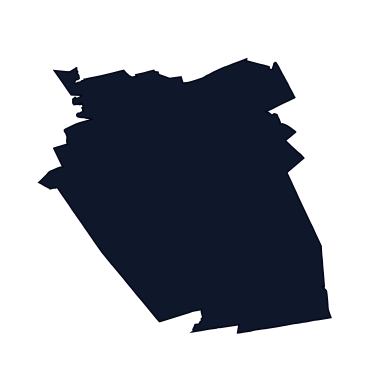 Trivalea-Mosteni, Teleorman, Romania (Robinson projection), rotated 7°
{"feature_id": "2599482B61439270983538", "entity_name": "Trivalea-Mosteni", "entity_type": "district", "adm_level": 2, "iso_a3": "ROU", "parent_name": "Romania", "parent_adm1": "Teleorman", "projection": "robinson", "projection_center": [25.216, 44.27], "detail": "fine", "context": "isolated", "style": "filled", "palette": "ink", "viewbox_px": 384, "rotation_deg": 7, "n_neighbors": 0, "source": "geoboundaries", "source_scale": "gbopen_adm2", "svg_char_len": 5626}
<svg xmlns="http://www.w3.org/2000/svg" viewBox="0 0 384 384"><g transform="rotate(7 192 192)"><path d="M345.2,299.7L345.1,299.4L343.7,296.9L341.9,293.1L341.3,291.5L340.9,289.7L339.8,283.8L338.4,277.4L337.4,273.8L337.2,273.5L336.5,272.9L332.7,270.0L333.2,269.8L334.8,269.9L334.7,269.2L332.9,260.3L330.5,249.1L329.6,244.2L328.2,238.1L326.8,230.6L326.9,230.4L326.1,228.9L318.7,217.1L315.9,212.4L312.8,207.8L306.9,198.4L302.0,190.7L297.5,183.5L295.4,179.9L290.8,172.6L289.6,170.5L285.4,163.9L283.7,161.1L297.5,146.1L298.8,144.7L295.5,141.8L291.7,139.4L289.4,137.7L285.3,134.8L278.8,129.9L278.6,129.7L278.6,129.4L279.2,128.6L283.9,123.8L285.8,121.6L286.9,120.6L287.5,119.9L287.4,119.6L281.4,116.1L278.3,114.7L276.6,114.0L275.4,113.8L273.8,113.3L273.2,113.4L272.2,113.6L271.8,113.6L271.2,113.3L270.9,112.9L271.1,112.3L271.1,112.1L270.9,111.8L270.5,111.3L269.9,109.8L267.5,106.3L267.3,105.4L267.1,105.1L266.7,104.9L265.9,104.6L264.5,104.4L263.9,104.4L263.6,104.6L262.4,105.9L261.9,106.0L261.5,105.8L258.3,103.8L257.9,103.7L256.7,103.8L255.4,103.3L258.7,101.1L259.0,101.0L260.7,100.0L268.9,94.4L281.7,86.3L282.5,85.7L281.0,83.7L279.6,81.5L276.5,77.2L273.2,72.2L271.2,69.6L269.0,66.3L267.4,64.3L265.5,61.5L264.3,59.8L262.6,57.2L260.6,54.7L260.6,54.8L259.8,53.9L259.2,53.4L258.7,53.3L258.6,53.6L258.5,53.8L258.6,54.1L259.2,54.5L258.8,54.6L258.0,54.3L257.8,54.4L257.8,54.6L257.7,54.6L257.6,56.4L257.2,57.9L256.9,60.4L256.8,60.6L256.3,60.7L255.2,60.9L253.8,60.4L253.1,60.4L253.4,59.2L253.4,58.8L253.3,58.4L252.9,58.3L247.8,57.5L243.6,57.1L230.5,55.3L230.1,55.1L230.0,54.9L230.0,53.2L223.0,57.0L217.8,59.6L212.3,62.7L208.4,64.6L205.8,66.1L198.6,70.6L194.9,73.3L192.1,74.9L191.6,75.4L191.1,75.9L188.6,77.7L181.7,81.0L176.4,83.3L174.0,84.1L169.7,85.0L168.5,82.3L167.1,79.1L156.5,81.9L155.5,82.0L151.9,81.1L144.6,79.5L143.6,77.1L140.4,77.2L140.0,76.8L139.4,76.0L139.2,75.9L131.9,78.8L131.0,79.3L121.9,82.5L122.5,83.7L122.9,84.1L120.8,84.6L118.5,85.4L117.1,85.0L115.8,84.4L115.4,84.4L115.2,84.3L114.2,83.4L111.8,81.8L109.4,79.6L104.6,81.4L98.8,83.7L87.5,87.9L80.6,90.2L77.7,91.1L73.2,92.7L71.8,93.2L71.2,93.2L71.2,94.1L71.1,94.4L70.9,94.6L70.6,94.7L69.3,95.0L68.9,95.2L68.3,96.1L67.4,96.7L67.2,96.8L66.5,96.9L65.5,97.2L64.5,97.9L63.4,98.4L62.6,98.3L62.2,98.1L62.1,97.9L62.1,97.6L62.2,97.0L62.8,95.3L63.0,95.1L63.3,94.8L64.6,94.3L65.1,94.0L66.1,93.2L66.2,92.8L65.7,91.6L65.6,90.7L65.4,90.3L64.8,89.4L64.2,88.9L63.6,88.0L63.7,87.4L63.9,87.0L63.9,86.6L63.7,86.4L63.3,86.4L63.1,86.2L63.1,85.5L62.6,84.6L62.4,84.4L62.5,84.1L62.3,83.8L62.4,83.1L62.3,82.8L61.9,82.9L61.6,83.1L60.7,84.2L60.2,84.6L59.8,84.7L58.9,85.5L57.4,86.7L56.5,87.4L55.5,87.7L54.3,87.9L52.8,88.0L40.5,88.3L48.7,97.3L55.6,105.1L60.3,110.3L69.5,109.5L70.1,109.4L70.4,109.4L70.5,109.5L70.5,110.1L70.2,110.5L69.9,110.9L67.7,112.5L66.5,113.2L66.1,113.6L66.0,113.8L65.7,113.8L65.5,113.5L65.1,112.9L65.1,112.5L65.0,112.4L64.6,112.3L64.3,112.4L63.9,112.6L63.5,113.3L63.2,113.7L63.0,114.3L62.5,114.3L62.4,114.5L62.4,114.8L62.4,115.1L62.8,115.7L62.8,115.9L62.6,116.4L63.2,117.0L63.1,117.5L62.8,117.7L62.8,117.9L63.3,118.8L64.2,119.7L65.5,119.3L66.0,119.3L67.0,118.9L67.5,118.9L67.8,119.0L69.1,118.6L69.3,118.3L69.3,118.2L69.0,117.9L69.6,117.9L69.9,118.4L70.0,118.9L70.6,118.7L71.1,117.9L71.2,117.6L71.4,117.2L71.6,117.1L72.0,117.3L72.1,117.5L72.2,118.1L72.0,118.5L73.1,118.9L73.3,119.2L73.2,119.6L73.5,119.7L73.5,120.4L73.5,121.3L73.2,121.6L72.6,121.7L72.5,121.9L73.3,122.7L73.5,123.3L74.2,123.8L74.3,123.9L74.3,124.2L74.1,124.5L73.7,124.5L73.8,124.9L73.9,125.1L73.6,125.6L73.0,125.9L72.5,126.4L72.1,126.5L71.6,127.0L70.6,127.6L70.1,127.7L69.4,127.6L69.2,127.8L69.1,128.0L69.0,128.5L68.4,128.8L68.2,129.1L68.2,129.7L68.7,130.7L69.0,130.9L69.4,131.2L70.2,131.3L72.9,131.5L75.4,131.2L76.7,131.4L77.0,131.3L77.5,131.4L78.1,131.7L78.4,131.6L79.1,131.4L80.2,131.5L81.0,131.2L81.7,131.3L81.9,131.7L82.0,131.7L83.3,131.7L83.9,132.0L83.2,132.4L82.6,132.6L81.7,132.8L81.3,133.2L74.6,136.0L71.4,137.4L68.4,138.9L60.1,144.2L58.6,145.2L58.1,145.7L57.8,146.3L57.9,146.8L58.2,147.4L60.1,149.8L60.5,150.7L60.9,151.5L61.4,152.9L61.5,153.6L61.4,154.7L61.6,157.0L61.9,158.1L62.1,158.7L62.7,159.6L49.6,165.3L49.5,165.5L60.7,182.9L58.1,183.6L56.3,184.4L48.6,188.9L47.2,190.2L46.7,191.1L45.8,192.5L40.0,199.9L38.8,201.2L41.1,202.0L45.4,203.9L50.1,205.6L50.6,205.9L50.8,206.2L54.1,204.8L55.2,204.8L55.9,204.7L57.7,203.8L62.8,209.7L72.3,220.3L75.1,223.7L82.2,231.6L86.2,236.0L90.7,241.2L93.5,244.2L96.0,247.1L99.2,250.6L100.8,252.6L110.3,263.0L112.0,264.6L121.0,273.3L121.7,273.9L121.9,274.0L130.4,282.0L134.3,285.6L137.3,288.6L142.2,293.3L143.0,293.9L144.5,295.4L149.3,300.1L156.7,306.9L162.6,312.5L171.7,321.2L175.4,324.5L175.7,324.6L204.2,311.7L205.9,310.8L205.8,310.7L208.3,309.8L213.8,308.1L216.0,307.4L216.1,307.9L215.8,309.5L217.5,314.0L217.9,314.4L217.9,314.6L217.9,315.5L217.7,315.8L217.1,316.1L216.8,316.5L216.8,317.2L217.0,318.0L217.5,318.4L217.6,318.8L217.3,319.0L216.6,319.2L215.9,319.9L215.7,320.3L215.5,321.2L215.7,322.1L211.2,323.2L211.0,324.5L210.0,327.5L209.7,328.5L209.8,328.8L210.4,329.1L210.4,329.4L210.1,330.1L209.7,330.5L209.3,330.7L209.2,330.8L216.1,328.8L217.3,328.5L219.4,327.8L226.3,325.7L229.6,324.9L232.2,324.2L233.7,323.7L233.8,323.5L234.0,322.8L234.9,323.2L236.1,323.1L254.9,317.9L254.7,319.9L254.4,326.3L255.0,326.2L259.0,325.1L260.6,324.5L261.7,324.3L266.4,323.0L267.6,322.6L267.9,322.5L267.9,322.4L269.1,321.9L270.9,321.3L272.4,320.8L274.8,320.2L277.9,319.3L281.0,318.6L293.9,314.9L299.5,313.1L300.4,312.9L308.7,310.2L314.3,308.8L317.5,307.7L319.8,307.2L321.9,306.6L328.7,304.3L333.6,303.1L342.4,300.5L345.2,299.7Z" fill="#0f172a" stroke="#020617" stroke-width="1.5"/></g></svg>